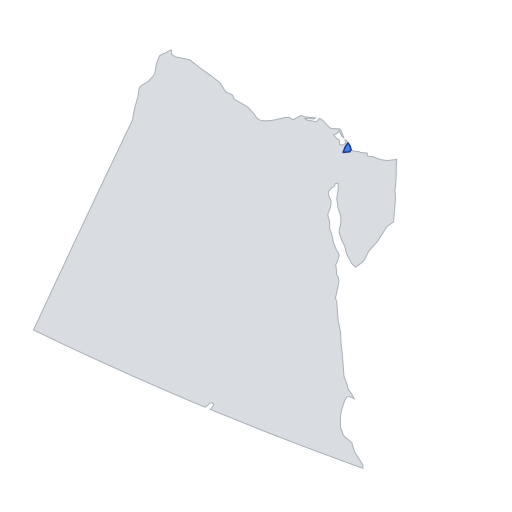 Mubark-Sharq Tafrea, Bur Sa`id, Egypt (highlighted), rotated 22°
{"feature_id": "37247803B27460825727162", "entity_name": "Mubark-Sharq Tafrea", "entity_type": "district", "adm_level": 2, "iso_a3": "EGY", "parent_name": "Egypt", "parent_adm1": "Bur Sa`id", "projection": "orthographic", "projection_center": [32.444, 31.075], "detail": "fine", "context": "in_parent", "style": "filled", "palette": "blue", "viewbox_px": 512, "rotation_deg": 22, "n_neighbors": 0, "source": "geoboundaries", "source_scale": "gbopen_adm2", "svg_char_len": 3762}
<svg xmlns="http://www.w3.org/2000/svg" viewBox="0 0 512 512"><g transform="rotate(22 256 256)"><path d="M434.6,412.8L424.7,413.2L414.9,413.5L405.0,413.8L395.1,414.1L385.3,414.4L375.4,414.6L365.5,414.8L355.7,415.0L345.8,415.1L335.9,415.3L326.1,415.4L316.2,415.4L306.3,415.4L296.4,415.4L286.6,415.4L276.7,415.4L271.1,415.3L272.0,412.5L272.6,410.5L272.0,409.1L270.1,408.7L268.8,409.1L265.8,415.1L264.3,415.3L260.8,415.2L249.3,415.1L237.8,414.9L226.3,414.6L214.8,414.4L203.3,414.0L191.9,413.7L180.4,413.3L168.9,412.8L157.5,412.4L146.0,411.8L134.6,411.3L123.1,410.7L111.7,410.1L100.3,409.4L88.9,408.7L77.4,407.9L77.8,400.7L78.2,393.5L78.5,386.3L78.9,379.1L79.3,371.9L79.6,364.7L80.0,357.5L80.4,350.3L80.8,343.1L81.2,335.9L81.6,328.6L81.9,321.4L82.3,314.2L82.7,306.9L83.2,299.7L83.6,292.5L84.0,285.2L84.4,278.0L84.8,270.7L85.2,263.5L85.6,256.2L86.1,249.0L86.5,241.7L86.9,234.4L87.4,227.2L87.8,219.9L88.3,212.7L88.7,205.4L89.2,198.1L89.6,190.9L90.1,183.6L90.5,176.3L90.4,175.0L89.1,169.9L88.1,163.5L87.1,155.7L87.1,153.2L85.0,145.1L85.0,142.8L85.7,141.2L90.4,134.8L91.8,131.7L93.2,127.8L93.7,124.7L92.8,119.7L91.7,115.3L91.5,110.8L91.6,106.4L93.9,103.5L96.7,100.9L97.7,99.2L99.4,97.4L100.5,96.6L102.3,100.6L106.5,101.6L120.8,98.9L136.1,103.3L144.6,105.1L157.7,108.8L165.5,114.5L167.7,115.3L173.5,115.4L177.2,118.8L192.3,120.9L200.3,124.6L204.8,127.6L207.5,128.5L210.0,128.4L213.3,127.5L217.5,125.6L222.1,123.0L231.7,116.3L235.0,115.1L237.2,115.5L239.8,115.4L241.0,113.5L242.4,112.3L243.3,110.8L244.7,109.0L249.6,108.6L259.4,105.7L258.3,107.2L249.3,110.4L253.1,110.9L257.1,109.8L261.5,109.1L262.3,107.7L263.0,105.0L263.8,104.6L266.9,105.2L276.0,109.4L278.3,109.5L284.7,107.3L286.1,106.8L288.2,108.1L292.9,113.3L291.2,113.2L286.2,108.7L285.7,111.0L282.8,114.9L286.4,116.6L289.4,117.2L290.9,119.4L291.9,121.4L294.8,120.6L296.9,117.9L295.9,116.4L295.1,114.9L296.1,114.8L298.1,116.1L303.9,121.2L305.9,122.2L308.1,122.0L312.8,120.6L314.2,120.8L320.5,118.9L321.2,120.3L322.3,121.6L327.4,120.1L335.4,120.0L341.9,118.3L349.5,114.2L350.1,113.6L350.5,114.5L351.4,117.3L353.9,124.1L356.0,129.5L358.6,137.0L359.4,139.9L359.8,141.9L363.6,150.0L365.8,156.8L367.5,162.3L369.9,170.3L370.9,173.1L369.4,174.6L366.3,179.9L363.3,196.6L358.6,209.7L358.2,217.8L357.5,220.7L355.2,224.9L352.4,229.0L347.4,227.0L339.1,220.0L334.3,213.3L329.2,209.0L324.4,203.3L323.0,199.1L323.1,196.5L320.9,190.0L319.4,186.9L313.5,180.0L311.8,176.3L310.6,174.7L309.3,172.4L307.2,163.4L304.9,157.7L302.3,159.3L302.7,161.7L300.4,165.0L299.1,168.9L300.1,172.0L304.9,176.8L305.8,178.9L306.9,183.4L306.8,189.6L307.5,191.7L311.1,196.2L312.4,198.9L313.2,201.3L314.4,203.4L318.0,207.4L323.1,214.9L328.0,220.0L331.6,222.4L333.1,224.9L333.5,231.3L333.2,234.3L336.4,240.0L337.6,242.9L340.6,245.2L342.0,247.9L343.3,252.3L345.4,265.2L348.1,268.4L356.4,285.2L363.5,295.9L366.9,303.9L372.2,313.5L382.7,334.7L388.8,341.2L391.2,344.8L395.7,347.6L400.5,351.6L396.0,351.3L394.8,351.6L393.3,352.3L392.6,354.9L392.3,356.9L393.1,367.7L394.4,373.2L398.6,383.5L401.7,386.6L403.2,388.6L405.2,390.0L414.8,393.2L420.5,400.5L433.2,409.6L434.5,412.2L434.6,412.8Z" fill="#d9dde1" stroke="#a8b0b8" stroke-width="1"/><path d="M304.4,121.7L304.1,121.5L304.0,121.4L303.9,121.3L303.8,121.2L303.6,121.1L303.5,120.9L303.4,120.8L303.3,120.7L303.2,120.6L303.0,120.3L303.0,120.1L302.9,120.1L302.8,119.9L302.7,119.7L302.4,119.3L302.2,119.2L302.0,118.8L301.9,118.7L301.7,118.5L301.5,118.4L301.3,118.3L301.2,118.1L300.9,117.9L300.2,117.5L299.4,116.9L298.9,116.7L298.8,116.8L298.8,117.1L298.7,117.8L298.1,120.0L297.8,121.0L297.8,121.4L297.9,125.3L297.9,126.5L297.9,127.0L298.0,127.3L299.7,126.5L299.9,126.3L301.3,125.6L302.9,124.8L303.0,124.7L303.6,124.4L304.0,124.2L304.2,122.8L304.4,121.7Z" fill="#3b82f6" stroke="#1e3a8a" stroke-width="1.5"/></g></svg>